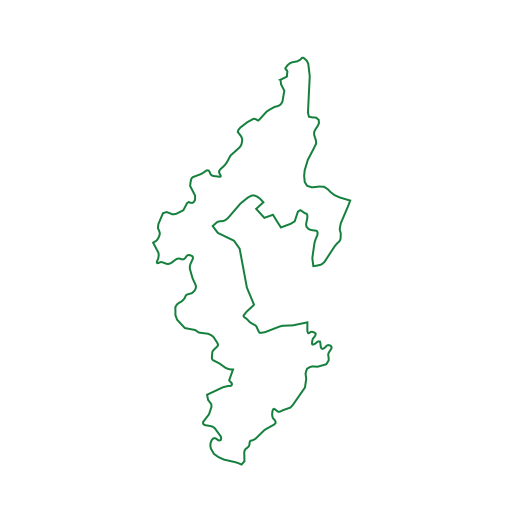 outline of Zagrebacka, rotated 109°
{"feature_id": "HRV-1588", "entity_name": "Zagrebacka", "entity_type": "County", "adm_level": 1, "iso_a3": "HRV", "parent_name": "Croatia", "parent_adm1": "", "projection": "robinson", "projection_center": [16.033, 45.768], "detail": "fine", "context": "isolated", "style": "outline", "palette": "green", "viewbox_px": 512, "rotation_deg": 109, "n_neighbors": 0, "source": "natural_earth", "source_scale": "10m", "svg_char_len": 5135}
<svg xmlns="http://www.w3.org/2000/svg" viewBox="0 0 512 512"><g transform="rotate(109 256 256)"><path d="M137.6,236.7L148.1,238.3L159.0,237.9L164.5,236.6L170.2,234.0L173.0,230.5L172.9,225.5L169.6,218.5L168.4,214.1L169.5,209.9L171.5,205.8L172.9,201.5L173.4,195.7L172.9,185.0L177.8,185.1L197.6,186.5L203.4,185.6L207.1,183.2L211.9,181.7L214.1,181.7L215.7,182.3L218.0,183.6L221.7,184.9L239.2,189.3L241.3,190.4L243.1,191.8L245.7,196.0L246.9,198.5L239.6,202.1L225.0,204.9L221.0,205.1L215.8,204.8L213.6,205.5L212.5,206.7L212.7,208.5L213.2,210.6L213.5,213.0L213.3,215.3L211.8,217.9L209.6,219.0L202.6,220.0L200.6,220.9L199.8,221.5L199.6,222.6L199.6,223.7L198.2,228.9L198.8,229.6L200.5,230.8L210.6,230.7L214.1,233.5L220.9,241.7L217.8,245.7L211.5,253.4L217.2,260.5L211.4,271.2L202.8,266.5L200.5,270.8L199.5,274.2L199.3,276.2L199.4,277.8L199.9,279.0L200.2,279.6L201.4,280.9L203.4,282.7L211.3,287.7L228.6,294.6L230.5,295.6L232.2,296.8L233.4,298.1L234.2,299.6L234.8,301.2L235.7,302.8L236.9,304.0L241.8,306.7L246.6,299.6L248.7,281.8L254.5,273.8L288.9,254.3L302.6,242.1L303.5,242.3L311.4,246.6L316.3,248.4L317.1,248.0L317.7,247.1L318.5,244.2L320.4,240.6L320.6,240.1L321.2,237.8L321.7,234.5L322.0,233.6L322.4,232.8L326.8,228.6L327.4,227.7L326.8,225.8L325.1,222.7L314.9,210.6L313.3,208.1L309.6,198.6L302.0,185.8L310.3,183.0L311.2,182.3L312.0,181.4L311.9,181.0L311.4,180.6L309.9,179.4L309.5,178.6L309.3,177.5L309.4,175.5L309.8,174.6L310.1,174.2L310.6,174.1L311.5,174.1L312.6,174.2L313.8,174.5L315.5,175.3L316.4,175.3L317.7,175.2L320.3,174.7L321.2,174.0L321.2,173.2L320.3,172.2L319.6,171.5L317.0,169.9L316.5,169.2L316.0,167.8L317.0,167.0L321.2,165.0L322.1,163.9L322.2,162.9L321.4,162.0L320.6,161.3L319.5,160.7L318.0,160.1L317.2,159.4L316.6,158.3L316.5,156.3L317.2,155.2L318.2,154.6L319.5,154.7L323.5,155.7L324.7,155.8L325.6,155.7L329.5,153.8L330.7,153.4L331.1,153.3L331.5,153.4L335.5,154.3L339.8,160.5L340.7,161.9L341.9,166.3L342.7,167.8L343.7,169.1L345.3,170.5L346.1,171.0L348.0,171.1L351.2,170.8L355.8,168.5L364.4,166.9L385.0,172.7L388.1,174.1L392.6,179.8L394.9,182.2L395.5,182.9L395.9,183.7L396.0,184.4L395.8,185.3L395.2,187.0L394.6,189.1L395.3,189.8L397.0,190.0L400.8,189.1L402.8,188.0L403.8,187.2L404.7,185.6L405.2,184.7L406.0,183.8L406.8,183.3L407.9,183.2L409.5,184.0L416.6,190.4L418.3,191.6L429.0,197.0L430.7,198.5L431.8,199.8L432.3,200.9L433.0,201.3L434.1,201.4L436.5,200.8L438.2,200.8L440.5,202.0L441.6,202.9L443.4,203.4L445.5,203.2L453.8,200.1L457.9,201.8L457.6,205.4L457.7,208.8L458.9,219.7L458.8,221.9L458.3,226.3L456.8,231.4L452.8,235.9L450.7,237.2L448.3,238.0L444.7,238.0L442.6,237.1L441.6,235.8L441.7,234.2L442.3,232.5L442.5,230.8L441.6,229.5L440.1,229.4L438.2,230.4L432.2,239.0L431.5,241.4L431.7,244.3L432.6,249.6L431.9,251.3L430.2,252.0L421.0,248.9L413.0,249.0L410.7,250.0L407.6,254.5L403.1,257.1L391.1,244.8L387.9,240.0L387.2,237.9L386.4,237.1L385.4,236.9L384.7,237.2L384.2,237.5L383.9,238.0L382.7,240.4L382.2,240.9L370.8,240.8L371.6,243.4L371.8,245.0L371.8,246.5L371.6,248.6L369.5,255.7L368.5,262.7L368.3,263.2L367.7,264.0L366.6,264.6L361.2,266.0L360.3,266.0L358.4,265.4L353.6,262.9L352.2,263.1L350.8,264.2L346.3,270.0L345.5,272.5L345.1,275.8L347.0,285.1L345.8,289.5L347.3,299.8L341.9,309.9L338.2,312.9L330.6,315.6L327.6,315.0L325.2,313.4L323.3,311.7L321.2,310.5L319.3,309.8L316.4,309.5L315.2,309.0L314.3,307.8L312.0,304.5L309.1,302.9L306.9,302.5L305.3,302.6L303.6,303.2L302.6,304.1L297.9,308.6L289.9,314.2L287.8,315.1L285.1,315.4L279.1,314.8L277.6,315.3L276.8,316.5L276.7,318.2L277.0,320.1L277.7,321.0L278.8,321.6L281.3,322.4L282.6,323.3L283.2,324.5L283.3,327.0L283.6,328.4L284.3,329.6L285.3,330.6L290.1,333.9L291.8,335.7L292.5,337.6L292.4,342.8L292.8,344.2L293.8,345.3L294.4,346.0L294.9,347.0L294.5,347.6L293.6,347.9L290.1,347.6L286.7,348.3L284.7,349.3L276.9,357.6L274.3,355.4L273.1,354.8L270.9,354.2L268.1,354.0L265.9,354.3L263.8,355.7L261.6,357.8L257.6,358.7L245.8,357.9L243.5,354.7L243.7,350.4L243.8,349.2L243.7,348.1L242.2,345.3L236.4,339.6L228.6,338.4L227.8,337.9L226.8,337.1L227.0,336.0L226.9,334.7L226.6,333.6L225.7,332.7L224.5,332.2L222.9,331.9L218.8,333.2L211.2,341.1L207.6,341.9L204.6,342.3L203.1,342.0L202.0,341.4L196.7,335.0L195.1,333.5L191.0,330.4L190.6,328.7L191.5,327.3L193.1,326.0L194.1,324.4L194.3,322.7L192.9,316.1L192.5,315.5L191.9,315.3L189.2,317.9L188.4,318.4L187.1,318.4L185.3,317.8L182.1,316.0L179.5,314.8L176.7,314.0L169.3,312.8L158.9,307.0L157.2,306.4L155.0,306.1L151.7,306.5L149.7,307.3L148.2,308.5L147.3,309.6L144.7,313.6L142.5,313.7L139.6,312.6L132.2,307.7L127.3,303.2L126.7,301.9L126.7,301.1L126.9,299.9L127.2,298.8L127.2,298.0L125.6,297.1L116.1,293.0L113.2,290.8L109.0,287.0L106.9,283.8L105.5,282.6L104.0,281.8L101.3,281.3L90.6,283.0L85.5,288.2L81.4,290.2L81.4,290.3L76.9,285.7L76.0,285.1L75.0,285.6L71.6,286.3L70.3,287.3L69.9,288.7L68.8,289.4L65.1,288.2L62.6,286.6L61.1,284.9L58.4,280.2L55.7,277.9L53.6,277.0L53.1,275.6L53.4,274.9L54.8,271.6L57.2,269.2L68.5,263.7L76.2,261.5L103.7,253.5L103.9,253.4L107.1,251.2L106.6,247.9L105.6,244.2L106.9,241.0L110.0,239.7L113.1,240.0L116.3,240.9L119.5,241.4L122.3,240.6L127.5,236.8L130.2,235.7L137.6,236.7Z" fill="none" stroke="#15803d" stroke-width="2"/></g></svg>